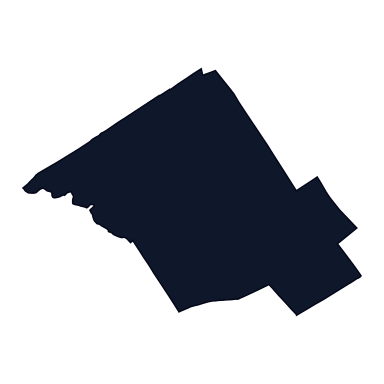 Boldesti-Gradistea, Prahova, Romania
{"feature_id": "2599482B94191000455949", "entity_name": "Boldesti-Gradistea", "entity_type": "district", "adm_level": 2, "iso_a3": "ROU", "parent_name": "Romania", "parent_adm1": "Prahova", "projection": "mercator", "projection_center": [26.525, 44.882], "detail": "fine", "context": "isolated", "style": "filled", "palette": "ink", "viewbox_px": 384, "rotation_deg": 0, "n_neighbors": 0, "source": "geoboundaries", "source_scale": "gbopen_adm2", "svg_char_len": 5584}
<svg xmlns="http://www.w3.org/2000/svg" viewBox="0 0 384 384"><path d="M349.5,283.3L349.8,283.2L352.7,281.4L356.6,278.8L357.7,278.2L357.8,278.2L358.2,278.1L358.5,278.0L358.7,277.9L359.6,277.2L360.0,277.0L360.7,276.3L360.8,276.2L360.9,275.9L361.0,275.7L360.9,275.6L355.8,268.3L355.0,267.2L352.9,264.3L348.4,258.3L343.4,251.6L338.8,245.6L337.4,243.8L354.6,229.8L356.0,228.7L356.8,228.0L339.7,210.1L332.2,200.7L329.9,197.7L328.8,196.1L327.2,193.8L326.6,192.7L326.1,192.1L325.9,191.7L320.9,183.0L317.2,177.0L315.1,178.5L301.8,187.2L296.3,190.8L281.9,168.1L280.0,165.1L278.0,162.0L273.2,154.5L267.8,145.8L244.6,111.1L238.5,101.8L235.7,97.0L235.2,96.2L233.6,93.5L232.5,92.2L230.3,89.3L223.7,81.1L215.4,70.6L212.5,71.7L211.3,72.2L209.8,72.7L207.4,73.6L205.5,74.2L204.9,74.5L204.0,74.8L203.4,74.9L202.9,75.0L202.5,74.7L202.2,73.0L201.2,68.8L199.6,69.8L192.4,74.4L186.0,78.8L178.5,83.7L170.4,89.6L170.2,89.4L169.9,89.2L159.5,95.9L159.2,95.5L123.3,119.1L121.0,120.5L116.6,123.4L109.8,128.1L105.5,131.0L103.8,132.0L102.7,132.5L100.9,133.4L99.6,134.8L99.5,135.3L95.9,137.2L92.4,139.3L89.9,141.7L77.8,149.6L57.0,162.4L38.4,173.2L37.5,174.0L36.1,175.0L34.6,177.0L34.1,177.5L33.6,178.2L33.5,178.3L32.9,178.8L32.0,179.6L31.6,180.0L31.3,180.4L29.6,182.0L29.2,182.5L28.8,183.0L27.7,184.1L26.8,184.9L25.9,185.6L25.2,186.2L24.5,186.8L24.0,187.2L23.3,187.8L23.0,188.0L23.7,188.6L23.9,189.0L24.4,189.5L25.0,190.6L25.5,191.0L25.9,191.3L26.8,191.9L27.7,192.5L28.2,192.7L28.8,192.9L29.5,193.0L31.2,193.0L31.6,193.1L32.1,193.2L32.3,193.1L33.8,193.1L35.2,192.9L35.8,192.7L36.1,192.5L36.5,192.3L36.7,192.0L37.0,191.8L37.3,191.5L38.3,190.6L38.7,190.3L39.2,189.9L39.5,189.7L39.9,189.4L40.3,189.1L40.9,188.8L41.5,188.7L42.0,188.4L42.6,188.1L42.9,188.2L43.2,188.3L43.4,188.3L44.0,188.6L44.6,188.8L44.9,189.1L45.3,189.4L45.6,189.6L45.8,189.8L46.0,190.0L46.5,190.4L46.7,190.6L47.1,190.8L47.3,190.9L48.7,191.2L50.0,191.6L50.9,191.9L51.2,192.0L51.5,192.2L51.8,192.5L51.9,192.8L52.0,195.4L52.1,195.9L52.3,196.1L52.6,196.7L52.8,197.2L52.9,197.3L53.0,197.4L53.2,197.5L53.3,197.5L53.7,197.6L54.1,197.7L54.5,197.8L54.8,197.8L56.1,197.6L56.5,197.5L56.9,197.4L57.5,197.2L58.6,197.1L59.1,196.9L59.8,196.7L60.4,196.4L60.8,196.1L61.4,195.8L63.2,195.1L63.5,195.0L63.8,194.8L64.1,194.9L64.2,195.1L64.4,195.2L64.5,195.3L64.7,195.2L64.9,195.0L65.5,194.5L65.9,194.0L66.5,193.3L67.5,192.6L67.9,192.4L68.1,192.4L68.7,192.3L69.0,192.2L69.3,192.1L69.5,191.9L70.0,191.7L70.4,191.6L70.5,191.6L70.8,191.8L71.0,192.0L71.8,193.1L72.1,193.6L72.2,193.8L72.3,194.3L72.6,194.5L72.8,195.0L73.2,195.6L73.4,196.2L73.5,196.4L73.5,196.6L73.5,196.8L73.5,197.0L73.3,197.5L73.2,197.8L72.9,198.9L72.8,199.4L72.7,199.7L72.7,200.6L72.6,201.2L72.6,202.1L72.7,202.5L72.7,203.0L72.8,203.5L73.1,203.8L73.4,203.9L73.7,204.1L74.2,204.3L74.4,204.3L75.0,204.4L75.3,204.6L75.8,204.7L76.5,204.7L76.7,204.8L77.0,204.9L77.4,205.0L77.8,205.1L78.1,205.2L78.6,205.2L79.0,205.3L80.1,205.8L80.9,206.1L81.3,206.2L82.0,206.2L82.3,206.3L82.9,206.6L83.3,206.6L84.0,206.8L84.5,206.9L84.8,207.0L85.2,207.1L86.2,207.6L86.4,207.7L86.6,207.8L86.8,207.7L87.4,207.5L87.9,207.1L88.0,207.0L88.4,206.6L89.1,205.8L90.0,204.9L90.5,204.5L90.6,204.4L91.1,204.4L91.7,204.5L92.1,204.5L92.3,204.6L93.1,204.5L93.3,204.6L93.6,204.6L93.8,204.8L94.0,204.9L94.3,205.5L94.0,205.8L93.6,206.5L93.1,207.1L92.9,207.4L92.2,208.0L90.8,209.2L90.5,209.6L89.9,210.2L90.3,211.0L90.7,211.8L90.9,212.4L91.1,212.7L91.2,212.9L91.7,213.3L91.8,213.5L92.3,214.2L92.7,215.5L93.0,216.9L93.1,217.5L93.4,218.1L93.5,218.3L93.5,218.5L93.7,219.1L93.8,219.5L94.0,219.8L94.0,220.0L94.1,220.3L94.4,220.7L94.6,221.1L94.9,221.4L95.1,221.6L96.1,222.6L96.3,222.8L96.4,223.1L96.5,223.2L96.7,223.4L96.9,223.6L97.1,223.7L97.6,223.8L98.1,223.9L98.6,224.0L99.2,224.2L100.6,224.9L101.4,225.7L101.7,225.9L101.9,226.0L102.4,226.2L104.0,227.2L104.5,227.5L105.2,227.7L105.4,227.8L105.5,227.9L106.3,228.5L106.8,228.8L107.2,229.1L107.7,229.5L108.4,230.0L108.6,230.0L108.7,230.3L108.6,230.5L108.3,230.9L108.3,231.0L108.4,231.3L108.5,231.5L109.1,231.9L109.8,232.0L110.2,232.1L111.1,232.5L111.5,232.7L112.2,233.1L112.5,233.4L112.8,233.7L112.9,233.9L113.1,234.1L113.3,234.3L113.9,234.7L114.9,235.1L115.4,235.3L116.1,235.7L117.0,236.0L117.8,236.4L118.5,236.7L119.4,236.9L120.4,237.3L121.3,237.5L121.5,237.6L122.0,237.6L122.3,237.5L123.2,237.4L124.1,237.3L124.5,237.3L125.3,237.7L126.8,238.6L127.0,238.8L130.5,242.6L133.0,240.6L134.6,243.3L137.9,248.3L140.1,251.7L143.7,257.4L143.9,257.7L146.2,261.0L149.5,266.0L154.0,273.4L163.1,287.1L165.0,290.1L165.6,291.0L165.8,291.2L166.0,291.3L166.0,291.5L167.2,293.4L168.8,295.8L170.9,299.1L173.8,303.6L178.9,311.7L179.0,311.9L180.4,311.2L188.6,307.7L189.5,307.2L190.7,306.7L194.3,305.7L196.5,305.1L197.0,305.1L198.2,304.8L199.4,304.4L200.7,304.0L206.6,302.2L207.5,302.0L208.5,301.7L209.6,301.5L212.5,300.9L212.9,300.9L213.3,300.9L213.8,300.8L214.6,300.9L215.4,300.8L216.1,300.7L216.9,300.6L218.0,300.4L219.3,300.4L220.5,300.3L221.1,300.2L221.8,300.2L222.7,300.2L224.5,300.0L225.9,299.9L226.5,299.9L228.1,299.7L229.2,299.7L230.0,299.7L230.5,299.6L231.7,299.6L233.1,299.4L234.7,299.2L235.6,299.1L235.8,299.1L236.4,299.1L237.7,299.1L238.0,299.1L238.5,298.9L239.1,298.7L239.8,298.3L240.8,297.7L241.3,297.6L241.9,297.4L243.1,296.8L247.9,294.6L249.1,294.0L253.3,292.1L255.1,291.2L257.5,290.1L269.0,284.5L270.8,286.5L272.0,287.7L273.6,289.5L273.8,289.7L273.9,290.0L274.6,290.7L279.1,295.8L281.6,298.4L284.8,301.9L288.0,305.4L291.1,308.9L295.7,313.7L296.5,314.7L296.6,314.9L296.6,315.2L307.9,308.5L315.7,303.8L317.9,302.6L323.7,299.3L340.3,289.0L349.5,283.3Z" fill="#0f172a" stroke="#020617" stroke-width="1.5"/></svg>